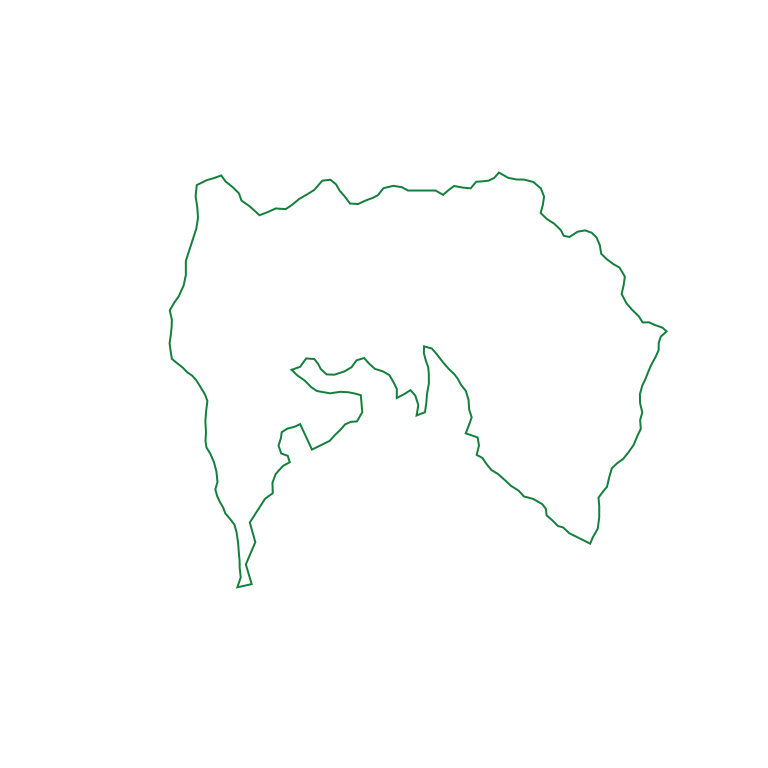 outline of Presidente Getúlio, Santa Catarina, Brazil, rotated 206°
{"feature_id": "56859067B44549542667052", "entity_name": "Presidente Getúlio", "entity_type": "district", "adm_level": 2, "iso_a3": "BRA", "parent_name": "Brazil", "parent_adm1": "Santa Catarina", "projection": "robinson", "projection_center": [-49.714, -27.036], "detail": "fine", "context": "isolated", "style": "outline", "palette": "green", "viewbox_px": 768, "rotation_deg": 206, "n_neighbors": 0, "source": "geoboundaries", "source_scale": "gbopen_adm2", "svg_char_len": 3262}
<svg xmlns="http://www.w3.org/2000/svg" viewBox="0 0 768 768"><g transform="rotate(206 384 384)"><path d="M132.1,358.5L137.0,368.6L141.4,375.9L140.0,383.2L138.5,389.4L140.6,398.4L142.3,408.1L139.7,415.0L136.2,421.6L134.4,429.5L132.9,438.5L133.5,447.9L133.5,456.2L138.0,463.9L139.4,471.7L145.4,479.0L149.5,486.9L151.2,496.1L151.2,503.0L151.8,510.5L152.2,517.4L151.8,527.1L152.0,534.8L155.1,541.4L156.0,547.9L153.1,555.2L158.6,556.7L166.0,555.8L172.9,555.6L178.5,552.7L184.7,556.5L193.9,559.6L201.6,562.9L209.9,569.1L211.9,577.7L214.6,586.1L223.4,591.9L230.2,592.3L238.7,593.9L245.9,596.3L250.8,603.3L257.2,608.9L263.8,611.0L270.6,610.2L276.7,605.8L281.8,597.4L287.4,596.0L292.5,599.8L301.4,602.7L310.1,603.7L318.2,606.4L319.7,614.4L322.3,622.6L328.8,628.6L338.3,631.0L347.5,629.2L354.6,625.9L362.5,623.8L373.4,624.4L375.3,617.5L379.1,612.6L384.7,609.1L389.8,606.2L391.9,597.8L399.2,595.1L407.8,592.7L411.0,586.6L413.8,579.9L422.5,580.5L430.4,576.6L438.3,572.8L447.2,568.4L454.2,568.7L462.5,566.2L470.3,559.8L472.3,551.0L475.9,546.1L480.5,541.4L486.2,534.4L493.7,531.3L501.8,535.5L508.4,538.2L514.6,542.4L521.7,544.1L528.6,539.7L531.8,527.8L536.4,520.5L541.3,513.2L545.4,504.3L549.0,498.1L558.3,494.3L563.8,487.6L569.9,481.1L575.9,482.9L583.0,484.9L592.5,486.4L598.0,491.8L606.3,494.6L615.2,496.6L621.7,500.1L627.4,494.2L632.4,489.8L639.5,480.7L635.6,470.1L629.5,461.3L624.1,452.0L620.8,441.3L616.1,408.0L613.5,402.5L609.9,395.2L607.3,384.9L606.9,373.1L608.2,365.1L608.8,356.2L602.9,348.9L600.1,342.7L597.2,334.8L594.6,326.7L591.2,321.5L585.7,313.6L578.2,311.8L572.0,310.5L566.1,308.3L560.0,307.4L554.6,305.2L548.1,301.2L540.0,295.9L535.3,291.3L532.1,282.0L528.3,272.3L522.9,262.7L519.4,254.4L515.8,249.2L509.4,245.1L502.5,239.1L496.2,231.8L490.7,222.9L489.4,215.3L484.8,210.1L480.0,206.2L474.4,202.4L469.7,198.0L463.5,195.4L456.9,192.1L451.3,185.8L445.4,177.1L439.8,167.5L436.3,161.8L433.3,155.8L428.0,147.4L426.7,137.0L415.2,146.1L429.1,161.3L430.3,185.4L443.9,200.7L440.6,228.7L436.1,237.1L441.0,246.4L441.9,255.7L438.9,266.1L434.4,272.4L439.1,277.3L445.9,276.5L451.8,282.4L452.9,290.0L454.8,295.9L451.4,301.4L445.4,306.6L441.8,311.2L420.0,293.5L407.9,309.1L405.7,316.7L403.0,324.0L401.3,330.6L397.4,335.3L391.9,338.5L391.2,349.2L396.0,357.2L400.0,363.8L405.8,362.7L412.6,360.9L419.9,357.8L428.3,352.0L435.6,349.9L441.2,348.3L447.8,349.2L456.7,352.3L465.5,353.7L473.3,356.2L466.9,362.7L465.2,372.8L457.6,375.9L451.9,373.1L447.4,369.7L439.7,367.5L432.7,370.6L425.3,377.7L420.5,384.9L419.1,393.2L413.2,398.7L407.0,396.0L398.7,393.6L390.4,394.9L383.0,394.3L377.0,390.3L370.3,385.2L366.4,377.0L361.3,383.9L357.5,390.1L350.7,387.2L343.9,380.1L340.9,370.0L334.8,376.6L337.9,386.3L341.0,393.8L343.9,404.2L348.3,413.0L351.6,418.4L356.7,423.4L361.7,429.2L364.5,435.4L356.6,436.9L349.9,434.0L340.1,429.2L331.8,425.7L325.2,423.7L319.9,421.0L314.4,417.0L307.5,413.7L301.0,406.7L296.3,398.4L290.6,392.5L289.7,385.2L288.9,375.5L283.2,376.2L276.4,377.0L271.7,370.4L269.6,360.9L263.1,360.7L257.2,357.2L249.8,353.8L242.3,353.1L233.5,350.7L225.2,348.1L216.4,347.2L209.0,344.3L199.5,346.1L189.1,345.4L183.7,342.7L180.3,337.2L173.1,335.3L165.5,332.6L160.1,333.6L152.1,331.1L128.7,330.9L129.1,337.7L128.5,347.8L132.1,358.5Z" fill="none" stroke="#15803d" stroke-width="2"/></g></svg>